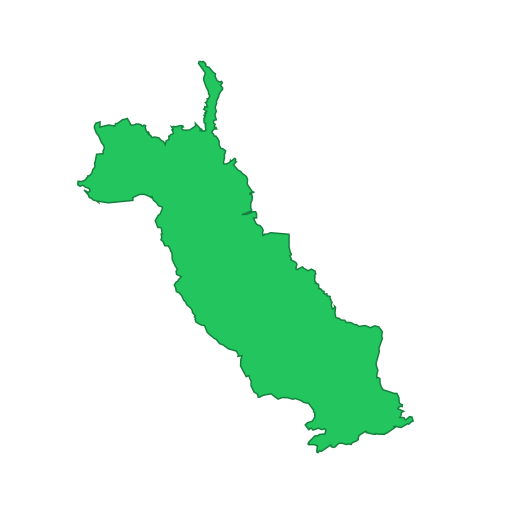 the district of Baia De Arama, Mehedinti, Romania, rotated 193°
{"feature_id": "2599482B84787861269200", "entity_name": "Baia De Arama", "entity_type": "district", "adm_level": 2, "iso_a3": "ROU", "parent_name": "Romania", "parent_adm1": "Mehedinti", "projection": "orthographic", "projection_center": [22.806, 45.004], "detail": "fine", "context": "isolated", "style": "filled", "palette": "green", "viewbox_px": 512, "rotation_deg": 193, "n_neighbors": 0, "source": "geoboundaries", "source_scale": "gbopen_adm2", "svg_char_len": 6106}
<svg xmlns="http://www.w3.org/2000/svg" viewBox="0 0 512 512"><g transform="rotate(193 256 256)"><path d="M438.1,351.6L441.9,349.4L442.6,346.3L442.4,344.7L439.4,340.1L436.2,337.5L432.1,331.8L428.9,329.1L428.0,326.3L428.7,324.2L427.9,321.3L434.2,319.3L433.9,311.5L434.3,310.6L432.9,306.7L434.5,303.2L434.6,299.7L436.4,296.8L438.0,296.1L437.9,295.1L438.8,293.6L438.6,292.9L440.5,290.7L443.0,289.2L446.2,288.8L445.6,285.3L443.0,284.3L441.4,285.7L440.1,285.9L437.6,284.7L433.3,284.2L433.2,283.0L432.3,282.0L433.8,280.2L438.4,281.7L433.2,277.9L431.5,275.4L429.7,275.5L427.3,274.0L423.6,273.8L421.4,272.7L422.1,273.9L411.8,274.6L388.4,282.5L389.2,285.2L383.5,289.7L379.0,291.0L373.0,290.1L371.3,289.2L370.8,290.5L368.6,287.4L364.5,285.3L362.6,283.2L358.3,282.6L357.9,281.2L358.9,275.3L360.5,273.4L362.1,267.8L358.0,261.7L355.1,262.3L354.3,261.3L352.2,256.3L353.3,256.0L351.9,252.6L352.3,250.4L349.8,249.2L347.2,245.5L343.7,246.1L340.7,242.8L340.3,241.4L338.7,240.5L336.7,233.5L332.0,227.6L329.6,225.5L330.4,223.1L329.2,220.2L324.1,219.1L326.3,215.2L326.5,213.8L328.0,212.6L329.1,209.2L327.4,207.4L325.6,203.4L322.8,202.9L319.6,200.8L316.3,196.5L314.5,195.6L312.2,192.7L307.5,190.4L305.7,188.2L305.2,186.6L301.7,184.2L302.3,182.9L301.4,182.3L300.7,180.9L301.0,180.4L299.5,178.1L293.9,176.4L290.6,176.8L286.2,170.5L278.1,166.2L276.2,166.0L271.7,162.4L268.0,162.0L262.3,159.4L253.6,158.9L250.9,155.9L251.0,154.2L247.3,155.7L247.5,151.8L246.3,145.3L238.3,136.2L236.0,137.9L234.4,135.1L232.6,133.1L231.7,128.6L227.4,123.1L223.6,121.8L222.1,118.9L220.5,119.3L219.1,120.9L215.6,122.9L210.2,125.1L202.3,121.5L198.8,123.9L193.3,125.1L187.9,124.7L185.7,126.0L179.7,125.3L176.5,124.1L171.5,124.2L165.2,118.7L164.8,117.1L163.6,116.5L162.4,112.5L163.8,107.9L168.4,105.0L170.0,102.5L165.4,98.6L164.0,100.4L163.0,100.7L161.8,99.3L161.1,99.3L156.4,102.3L152.9,101.6L150.4,103.1L148.9,102.5L148.7,98.2L154.1,96.4L155.5,94.6L158.0,94.1L162.4,87.1L163.0,85.2L162.5,85.1L162.8,84.3L162.4,84.0L156.8,85.3L153.6,84.8L153.2,84.5L153.4,83.4L152.7,78.8L151.8,78.3L151.0,78.8L150.7,80.3L148.3,80.4L140.6,88.8L139.8,87.1L137.4,86.9L136.0,87.8L133.4,91.9L130.7,92.9L125.5,92.7L123.4,93.7L120.8,93.8L120.3,95.6L115.9,98.9L115.0,100.4L115.5,101.3L115.2,102.7L115.5,104.1L110.2,109.5L109.0,110.0L108.8,108.7L100.4,108.8L99.3,109.3L99.2,110.0L97.5,109.8L90.4,111.2L90.1,112.2L88.4,113.1L82.0,120.2L83.3,120.9L83.1,121.3L76.1,121.5L70.4,126.8L69.3,126.5L67.6,129.1L65.8,130.5L67.7,134.1L70.2,134.1L72.9,130.3L74.1,130.1L75.5,131.8L79.6,131.0L78.9,133.0L79.1,136.4L77.2,137.9L83.4,139.1L82.9,140.7L81.5,142.0L79.7,142.1L79.8,143.8L82.4,144.4L83.5,145.5L84.9,150.1L87.8,153.8L90.3,153.2L102.2,154.3L104.4,156.5L106.5,160.0L107.8,164.6L110.2,165.1L110.9,164.6L111.6,167.3L111.5,172.0L114.1,176.2L114.9,178.7L114.4,189.5L114.5,191.2L115.5,193.6L114.3,204.4L115.1,205.0L115.6,206.6L115.9,210.7L120.4,214.5L124.5,214.7L128.4,211.9L134.0,212.8L139.9,210.5L142.5,211.7L144.8,211.3L147.3,212.2L150.4,212.3L152.8,211.5L155.3,213.4L158.5,212.7L160.8,213.9L163.7,213.9L164.9,214.7L165.3,216.3L166.2,217.7L167.0,224.0L168.1,224.7L167.7,223.9L169.1,221.6L170.4,222.5L171.7,225.7L171.4,227.8L173.8,230.4L173.5,230.7L174.9,232.4L174.7,233.2L177.8,233.2L178.4,235.1L180.3,234.3L181.4,234.8L181.6,236.7L183.9,237.0L184.6,238.1L186.9,238.7L187.4,238.3L188.7,242.5L191.9,242.8L191.5,243.5L192.9,244.6L193.7,246.8L193.8,248.9L194.6,250.3L193.7,251.7L195.0,254.5L199.1,255.7L201.8,253.4L206.8,254.8L208.3,255.9L213.2,251.8L213.7,252.0L214.4,253.4L214.3,257.2L215.7,258.7L221.2,260.2L221.0,261.0L221.6,262.0L223.3,264.0L221.9,265.1L222.0,265.7L223.7,267.7L225.9,272.6L228.7,284.6L246.9,282.0L250.4,279.7L252.6,279.2L253.0,277.9L253.9,277.5L255.0,280.8L254.7,282.4L256.1,284.4L258.7,286.5L261.6,286.7L263.2,287.6L267.0,292.3L264.0,293.2L265.0,297.3L266.4,299.1L268.8,298.5L273.9,294.7L279.3,293.0L270.7,298.7L270.5,299.8L271.8,301.3L273.0,306.2L272.4,309.6L273.1,313.5L274.4,315.2L275.8,314.8L276.1,315.5L275.3,316.5L273.7,316.7L272.6,317.7L274.4,318.1L280.1,323.4L280.9,324.7L281.4,328.5L283.2,331.3L288.9,333.8L289.7,334.9L292.9,335.7L298.5,339.9L296.4,343.4L297.5,343.8L297.6,345.7L298.4,346.3L299.0,346.2L300.8,343.5L301.5,343.0L302.3,343.5L302.2,342.6L303.3,340.7L305.6,339.0L308.0,338.4L308.8,340.1L308.8,344.7L309.7,347.9L309.2,349.2L309.3,351.7L312.1,352.9L314.6,353.1L316.9,355.8L317.7,359.4L319.5,361.6L322.1,363.8L323.5,363.3L324.8,365.2L327.0,366.5L326.2,368.9L325.0,370.5L322.9,370.9L323.9,372.3L325.4,372.0L325.8,373.6L325.3,375.0L327.4,376.1L327.7,378.5L325.3,379.8L327.6,383.8L327.8,385.6L327.1,387.8L329.3,391.7L328.7,395.8L329.4,398.1L328.3,402.5L328.3,405.3L327.3,408.7L326.1,410.5L326.3,412.3L329.0,414.2L327.7,417.1L328.9,418.4L330.7,417.2L333.3,418.1L336.3,421.8L336.5,424.4L339.0,425.3L344.1,429.3L347.3,429.5L348.1,430.6L348.0,431.6L349.6,433.0L351.4,433.7L352.2,433.0L354.3,433.0L355.1,432.7L355.4,430.8L347.0,423.4L346.5,422.4L347.0,418.0L346.6,415.8L342.6,409.5L339.5,405.9L338.8,403.6L337.1,401.5L337.7,398.6L338.9,398.2L338.3,397.4L338.7,396.0L338.4,395.2L339.8,394.2L338.0,392.6L338.1,391.8L336.8,390.4L337.5,389.8L339.5,390.0L339.3,388.7L340.0,387.3L336.5,385.9L337.8,384.4L336.8,383.9L337.8,383.2L337.0,381.6L338.3,381.3L336.9,379.8L337.7,378.3L336.6,374.3L334.6,373.7L335.0,372.4L333.2,367.4L333.8,366.6L336.8,365.4L337.3,365.5L337.0,366.8L337.6,367.3L338.7,366.2L338.7,367.4L344.9,371.6L344.2,369.0L349.0,363.8L354.5,362.4L356.3,362.6L357.3,363.9L357.2,364.8L355.8,365.4L356.7,366.3L358.8,366.2L363.6,363.7L365.8,363.7L366.2,362.7L367.3,362.9L365.2,360.9L366.3,360.1L364.0,357.3L364.7,356.0L366.4,355.1L367.1,353.3L368.0,353.1L366.9,350.0L369.4,348.0L369.5,344.0L371.8,346.7L374.0,347.1L377.2,349.3L381.2,349.2L384.2,348.1L385.8,349.9L387.5,350.1L387.8,351.4L388.4,350.8L388.9,351.5L388.6,352.3L389.1,352.7L389.7,352.0L390.4,352.3L393.0,356.3L392.8,358.1L394.6,358.4L394.9,357.6L396.3,357.0L397.6,358.1L400.6,358.1L402.7,357.6L404.8,355.9L407.7,355.5L409.0,357.6L412.4,361.1L414.7,359.5L416.3,359.2L420.9,353.9L422.6,353.5L422.7,350.9L429.1,350.5L437.2,346.5L438.1,351.6Z" fill="#22c55e" stroke="#15803d" stroke-width="1.5"/></g></svg>